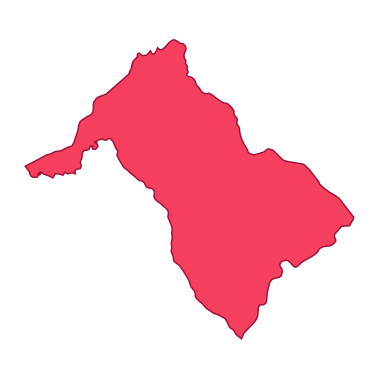 SVG path tracing the border of Surin, rotated 314°
{"feature_id": "THA-443", "entity_name": "Surin", "entity_type": "Province", "adm_level": 1, "iso_a3": "THA", "parent_name": "Thailand", "parent_adm1": "", "projection": "natural_earth1", "projection_center": [103.631, 14.911], "detail": "fine", "context": "isolated", "style": "filled", "palette": "rose", "viewbox_px": 384, "rotation_deg": 314, "n_neighbors": 0, "source": "natural_earth", "source_scale": "10m", "svg_char_len": 4828}
<svg xmlns="http://www.w3.org/2000/svg" viewBox="0 0 384 384"><g transform="rotate(314 192 192)"><path d="M234.4,324.0L230.5,323.4L218.4,319.9L211.3,319.4L209.8,318.7L209.1,316.5L209.6,310.8L209.1,308.3L207.8,306.8L206.1,305.5L204.1,304.8L202.0,305.0L200.0,306.3L199.4,308.1L199.1,310.0L197.8,312.0L193.6,314.4L190.6,313.7L187.8,311.6L184.1,310.2L180.6,310.9L172.7,315.5L164.9,321.6L163.4,322.3L161.2,322.0L159.6,320.9L158.5,319.7L157.8,319.1L154.8,320.1L149.1,324.9L145.5,326.7L141.1,327.3L127.1,327.3L120.8,329.5L120.8,329.4L120.2,324.4L120.3,322.7L120.6,321.0L121.5,318.3L121.4,316.8L120.8,314.5L120.8,313.2L121.2,311.7L122.0,310.1L123.2,306.8L123.6,304.9L123.7,303.4L123.6,302.5L122.0,296.8L119.7,291.3L118.3,283.2L118.4,280.6L118.8,277.4L118.5,271.8L118.6,269.3L118.8,267.6L119.2,267.0L121.2,264.9L121.6,264.2L122.0,263.5L122.4,262.4L123.0,258.0L123.2,257.1L126.1,251.4L127.2,248.2L129.8,237.6L130.3,233.8L129.7,228.5L129.8,227.1L130.1,226.1L131.1,224.9L132.1,223.9L133.3,221.9L134.1,219.5L134.8,218.4L135.5,217.7L136.8,216.9L137.4,216.5L137.9,216.1L140.8,212.7L141.3,212.2L145.0,209.8L146.1,208.7L148.5,205.9L151.3,203.7L152.3,202.7L152.6,202.3L154.0,199.6L157.1,192.4L157.9,191.5L158.5,191.2L159.4,190.6L160.3,189.7L161.6,188.0L162.1,186.7L162.3,185.5L162.0,182.8L161.8,176.8L161.2,173.5L161.2,171.3L161.4,170.0L161.7,169.0L162.1,168.3L162.5,167.6L163.0,167.1L164.3,166.3L166.2,164.7L166.6,163.6L166.8,162.6L166.7,161.7L166.5,160.9L166.3,160.2L165.5,158.9L164.9,158.2L164.5,157.4L164.0,155.9L164.2,154.7L164.9,152.9L165.3,151.7L165.5,150.6L165.4,149.7L165.2,148.8L164.9,148.0L164.1,146.8L163.8,146.1L163.5,145.3L163.4,144.4L163.4,140.3L162.8,134.5L162.9,131.4L162.4,125.7L162.8,123.7L164.7,116.7L166.0,113.1L167.0,112.0L169.0,110.9L169.7,110.3L169.9,109.9L170.6,107.0L171.2,105.4L173.2,100.9L173.8,98.2L173.4,97.9L173.3,97.1L173.5,96.2L173.1,95.3L172.0,94.8L171.1,94.8L170.1,94.5L168.9,93.5L167.5,90.6L167.4,90.2L164.3,88.6L160.3,87.1L160.3,88.6L161.7,88.6L159.3,92.8L155.8,92.9L153.9,90.9L156.2,88.6L155.6,88.4L155.0,88.4L154.6,88.2L154.7,87.1L153.4,87.1L151.5,88.3L149.6,87.6L147.8,86.2L146.4,85.4L143.7,86.2L139.3,89.5L137.1,90.2L135.9,91.0L133.4,94.5L131.5,95.3L129.9,94.5L128.4,93.2L126.4,92.9L123.8,95.3L122.8,92.5L118.9,90.2L118.0,87.1L116.8,87.1L114.5,87.5L112.8,84.1L110.2,81.0L105.4,82.1L104.5,78.6L101.7,72.5L101.2,68.8L99.8,68.8L99.8,70.5L98.4,70.5L98.4,68.8L97.6,69.4L95.4,70.5L93.5,68.8L92.0,67.0L91.5,64.9L92.6,62.2L93.4,61.6L94.7,54.2L118.5,62.0L119.2,62.5L119.8,63.0L120.9,63.6L125.9,65.5L127.4,66.5L128.3,67.3L128.8,67.9L129.4,68.4L130.7,69.1L138.5,71.9L141.5,73.6L145.1,72.9L156.8,67.3L161.1,64.3L163.7,63.0L164.6,62.8L165.5,62.7L167.1,62.8L173.5,64.3L176.7,65.5L177.8,65.6L179.0,65.5L181.0,64.9L182.0,64.3L182.8,63.7L186.5,60.1L187.2,59.6L188.5,59.0L189.2,58.8L192.6,58.3L193.9,58.4L195.5,58.8L202.6,62.2L232.7,64.7L235.4,63.5L238.3,62.5L239.0,62.5L241.0,61.0L245.0,58.8L250.8,58.8L251.7,58.4L252.6,57.5L253.5,56.9L255.0,57.3L255.3,58.1L255.6,61.1L256.3,62.2L258.1,63.6L259.5,64.2L261.3,64.3L264.8,64.0L263.5,67.6L265.4,68.8L268.8,68.3L271.8,67.0L272.0,70.1L273.8,71.6L276.7,72.0L283.8,71.8L287.0,72.2L289.2,73.5L290.1,76.3L290.7,79.8L292.4,82.7L292.5,85.1L291.8,86.9L291.2,87.9L290.5,88.5L289.8,88.9L286.9,90.0L285.6,90.7L285.0,91.1L283.5,92.7L283.1,93.3L282.7,94.1L282.6,95.1L282.2,96.2L281.6,96.8L280.9,97.1L280.2,97.8L279.7,98.8L279.3,100.8L278.8,101.8L278.0,102.5L277.0,102.9L276.8,103.1L276.7,103.4L276.3,104.6L276.0,105.3L275.4,105.9L274.8,106.2L274.0,106.4L273.2,106.4L272.6,106.6L272.2,107.2L272.2,108.3L272.9,110.0L273.5,110.9L274.1,111.6L274.4,112.6L274.5,114.0L274.0,116.9L273.5,118.2L272.9,119.2L272.4,120.2L272.0,121.7L271.8,124.9L271.5,126.4L271.0,128.5L270.9,129.6L271.0,130.9L271.9,133.0L272.6,133.9L273.4,134.6L274.7,135.4L275.4,137.4L276.0,140.5L276.9,148.1L278.1,153.2L279.6,154.8L280.1,155.9L280.3,157.7L280.4,161.3L279.9,164.3L279.3,165.9L278.7,166.7L278.1,167.1L277.1,168.1L276.8,168.5L276.6,169.2L276.4,172.0L276.1,173.0L275.8,173.9L275.2,174.5L272.9,176.2L272.4,176.8L272.1,177.5L271.8,178.3L271.5,180.1L270.9,181.6L267.1,186.2L264.8,190.4L263.9,192.7L263.6,193.4L262.9,194.9L261.4,200.9L260.8,202.7L260.4,203.3L259.6,204.8L259.7,205.9L259.9,207.2L260.8,209.2L261.5,210.2L262.1,211.0L269.3,215.2L270.7,215.8L272.5,216.2L273.4,216.2L275.1,216.5L275.8,216.9L276.3,217.4L276.7,218.0L278.1,220.7L278.3,222.3L278.2,234.4L278.5,235.9L280.0,239.1L288.7,251.7L289.0,252.4L289.6,254.0L289.6,261.0L287.5,275.6L286.3,278.7L286.3,280.7L286.4,283.5L287.1,289.8L288.1,294.4L288.4,295.2L288.8,296.8L289.6,302.4L286.2,325.7L286.2,325.8L284.2,326.9L277.1,328.7L271.4,323.4L260.3,324.0L258.4,326.0L257.8,327.9L256.8,329.4L253.1,329.8L250.1,329.2L247.8,327.6L245.7,325.8L243.5,324.3L240.5,323.2L238.8,323.2L237.1,323.7L234.4,324.0Z" fill="#f43f5e" stroke="#9f1239" stroke-width="1.5"/></g></svg>